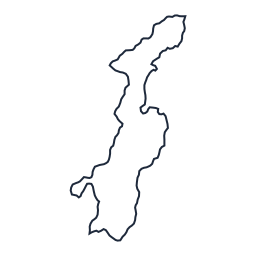 the district of Engenheiro Caldas, Minas Gerais, Brazil
{"feature_id": "56859067B22577605542088", "entity_name": "Engenheiro Caldas", "entity_type": "district", "adm_level": 2, "iso_a3": "BRA", "parent_name": "Brazil", "parent_adm1": "Minas Gerais", "projection": "equal_earth", "projection_center": [-42.021, -19.12], "detail": "fine", "context": "isolated", "style": "outline", "palette": "slate", "viewbox_px": 256, "rotation_deg": 0, "n_neighbors": 0, "source": "geoboundaries", "source_scale": "gbopen_adm2", "svg_char_len": 2899}
<svg xmlns="http://www.w3.org/2000/svg" viewBox="0 0 256 256"><path d="M109.7,65.4L111.6,67.1L113.2,68.6L115.4,70.4L117.7,71.2L120.1,72.1L122.8,72.5L125.8,73.8L127.9,76.7L128.5,80.5L128.9,84.7L127.1,86.3L125.5,87.7L124.6,90.5L124.6,94.2L122.7,96.9L121.2,99.3L120.3,102.8L118.8,106.6L116.5,108.9L115.2,111.2L114.5,113.9L116.7,116.7L117.9,119.2L119.6,121.2L122.5,123.7L122.0,126.3L120.0,127.6L118.9,130.2L118.5,133.0L116.9,135.4L115.4,136.9L114.4,139.8L113.9,143.0L113.2,145.7L111.2,147.3L110.1,149.9L110.1,153.6L109.6,156.9L108.9,159.6L107.8,161.9L106.0,163.2L103.9,164.2L101.7,164.6L99.6,165.0L97.4,165.8L94.9,166.7L93.5,169.4L92.6,172.0L92.4,174.8L91.4,177.2L89.6,178.0L87.8,177.8L85.9,177.4L83.9,177.1L82.0,179.2L79.9,181.4L78.0,182.4L76.2,183.0L72.7,184.5L71.2,187.5L70.7,190.5L71.9,194.5L73.8,194.9L76.6,195.5L78.8,197.4L80.6,196.1L81.6,193.3L83.2,191.2L84.7,188.4L86.0,185.8L87.1,183.8L89.1,183.6L91.4,183.9L92.9,186.7L93.8,191.3L94.8,195.4L96.1,198.0L97.6,200.3L99.1,201.5L98.2,204.0L97.6,206.8L98.0,210.2L97.6,214.7L96.2,217.7L94.3,219.3L92.3,220.7L90.5,223.7L89.7,226.6L89.9,230.3L89.5,233.6L91.7,232.3L94.2,231.3L96.4,230.7L98.5,231.9L101.2,230.7L103.6,229.1L105.8,230.1L107.4,232.3L109.5,235.5L111.7,237.2L113.8,238.7L115.6,240.0L117.6,240.6L120.3,240.3L122.6,236.7L124.8,234.6L126.4,232.2L127.6,229.3L129.6,227.1L131.8,225.6L133.9,223.6L135.1,220.1L135.4,217.1L136.2,213.9L135.7,210.6L135.1,207.6L135.7,205.2L137.0,203.1L137.7,199.5L139.0,196.2L139.2,192.1L137.3,188.8L136.6,185.6L136.9,182.2L137.5,177.7L138.9,174.8L139.3,171.1L141.5,168.8L143.9,167.8L146.6,167.3L148.5,166.5L150.3,165.6L152.2,163.8L153.0,161.3L154.0,158.9L157.6,157.8L158.8,154.9L159.5,151.9L160.0,149.4L161.8,147.0L164.4,145.6L164.4,139.6L164.2,135.7L164.8,132.2L166.4,129.9L167.9,128.0L167.5,124.0L166.6,120.3L165.6,116.2L163.5,113.6L161.5,114.3L159.3,114.1L157.8,111.9L158.2,108.9L155.8,108.0L152.9,107.6L149.7,107.3L148.2,109.2L147.3,111.5L145.4,113.0L143.1,113.5L141.0,111.2L140.5,107.6L142.7,105.9L144.8,104.5L145.2,101.7L145.6,98.6L145.4,95.1L144.9,92.5L144.4,88.9L144.4,85.1L145.3,82.3L146.2,80.1L147.1,77.3L148.4,75.3L149.6,73.2L151.6,71.0L153.6,69.8L155.3,70.6L156.9,68.9L155.2,65.8L153.2,65.2L151.4,64.2L153.1,61.2L155.5,59.6L157.2,58.5L159.3,57.3L160.1,53.6L162.8,51.0L165.7,50.3L167.6,47.8L169.8,48.8L172.8,48.2L175.2,46.0L177.7,46.6L179.5,43.6L181.4,41.2L182.1,38.4L182.1,35.6L182.9,32.8L184.2,31.1L184.8,28.2L184.1,24.7L183.4,21.9L184.4,19.3L185.3,16.2L182.8,16.3L179.7,16.2L177.1,15.4L174.8,15.5L172.4,16.9L169.0,16.5L167.1,16.8L165.6,18.2L164.0,20.0L161.8,21.3L159.3,23.3L156.3,23.9L154.0,25.3L153.2,28.5L153.0,31.3L152.4,34.1L150.4,37.2L148.4,38.5L146.0,38.4L143.4,38.4L141.6,39.6L140.5,42.6L138.3,44.4L135.6,45.9L134.3,48.4L132.7,49.9L129.9,50.2L125.8,50.4L124.1,51.9L122.3,53.9L119.8,55.7L117.7,59.4L115.2,60.5L112.7,61.4L110.8,63.3L109.7,65.4Z" fill="none" stroke="#1e293b" stroke-width="2"/></svg>